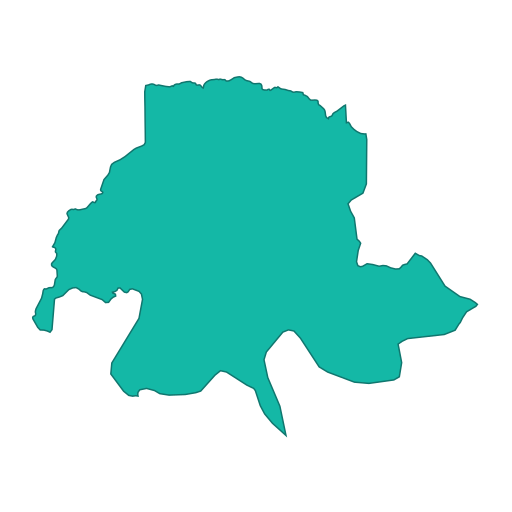 an SVG outline of Razavi Khorasan, rotated 271°
{"feature_id": "IRN-3245", "entity_name": "Razavi Khorasan", "entity_type": "Province", "adm_level": 1, "iso_a3": "IRN", "parent_name": "Iran", "parent_adm1": "", "projection": "albers", "projection_center": [59.461, 35.325], "detail": "fine", "context": "isolated", "style": "filled", "palette": "teal", "viewbox_px": 512, "rotation_deg": 271, "n_neighbors": 0, "source": "natural_earth", "source_scale": "10m", "svg_char_len": 4992}
<svg xmlns="http://www.w3.org/2000/svg" viewBox="0 0 512 512"><g transform="rotate(271 256 256)"><path d="M189.3,34.0L189.5,34.0L190.6,33.8L191.2,34.0L191.7,34.4L192.3,35.8L192.6,36.3L193.7,36.7L194.8,36.7L195.9,36.4L197.0,36.4L199.4,37.0L210.0,42.3L214.5,43.4L216.7,43.7L217.8,43.9L219.0,44.5L219.5,45.1L219.5,45.7L219.3,46.3L219.4,47.0L220.4,49.0L220.7,49.7L220.8,51.2L220.8,52.4L221.1,53.4L222.3,54.4L223.4,54.9L228.8,55.7L229.6,56.1L231.4,57.4L232.3,57.7L238.5,57.2L239.7,56.6L240.6,55.2L241.3,53.8L242.1,52.5L243.2,51.8L244.5,51.7L245.6,52.3L249.0,55.4L252.0,56.6L253.5,56.8L255.0,56.7L255.6,56.3L256.1,55.8L256.6,55.4L257.3,55.4L258.8,55.7L259.5,55.7L260.2,55.4L261.1,54.3L261.3,53.0L261.7,52.4L265.8,54.7L271.0,56.0L273.7,57.2L274.7,57.9L275.6,58.2L277.6,58.6L278.3,59.0L280.6,61.3L289.7,67.9L291.1,68.1L295.0,66.3L296.5,66.7L297.9,68.0L299.2,69.9L299.5,71.0L299.3,72.9L299.7,73.9L299.9,74.6L299.6,75.3L299.2,76.2L299.0,77.2L299.1,79.0L300.5,84.9L301.3,86.1L305.6,89.7L306.9,91.1L307.3,91.7L307.2,92.1L306.9,92.4L306.8,92.6L306.8,93.2L306.5,93.9L306.7,94.5L307.9,94.8L308.3,95.3L308.9,95.7L309.5,96.0L310.0,96.1L312.2,95.2L313.2,95.4L314.4,96.6L314.9,98.0L315.2,99.6L315.7,101.0L316.6,101.7L317.2,101.6L317.7,101.1L318.5,99.8L319.2,99.5L319.9,99.5L329.8,102.7L334.3,106.5L336.9,108.0L342.5,109.0L345.1,110.1L347.2,112.8L349.8,118.3L353.0,123.2L360.4,132.1L361.8,134.4L363.9,139.7L365.3,142.2L367.6,143.4L378.6,143.1L388.3,142.8L403.0,142.4L411.2,142.1L418.3,141.9L421.7,142.4L424.5,142.8L425.2,145.7L425.8,147.0L426.0,147.8L426.2,148.9L426.1,149.9L425.8,150.9L425.5,151.7L425.0,152.4L424.8,153.3L424.9,154.3L425.3,155.6L424.0,162.6L423.6,166.8L424.7,169.3L424.4,169.6L424.3,169.9L424.2,170.5L424.8,170.7L425.4,171.2L425.8,171.7L426.1,172.2L426.4,173.1L426.6,174.0L426.6,176.0L426.9,176.8L427.9,178.5L429.1,183.8L429.3,186.4L429.4,186.9L429.3,187.4L428.6,188.4L428.2,189.0L428.0,189.7L427.9,190.6L427.9,191.4L427.7,192.3L427.1,192.8L426.4,193.0L426.0,193.4L425.8,194.5L426.1,196.2L426.0,197.0L425.2,197.9L423.8,199.1L423.0,200.2L424.0,200.6L425.7,200.8L427.1,201.6L428.4,202.7L429.5,204.0L430.2,205.2L430.9,206.6L431.4,208.2L431.7,211.2L432.0,212.5L432.1,213.9L431.7,215.9L432.1,216.5L432.2,217.3L431.7,219.4L431.7,219.9L431.8,221.4L431.6,222.0L430.6,223.0L430.4,223.5L430.6,225.8L431.6,227.7L433.3,230.3L433.9,231.1L434.7,234.6L434.9,236.4L434.5,238.2L433.6,239.8L431.9,241.9L431.2,243.5L430.6,246.3L430.3,247.1L428.8,249.2L428.4,250.1L428.2,251.9L428.6,256.3L428.0,257.9L426.7,258.7L425.0,259.0L423.5,259.0L422.5,259.9L422.1,261.7L422.1,263.6L422.2,264.4L422.6,264.8L422.9,265.6L422.9,266.4L422.2,266.8L421.8,267.2L422.2,268.1L424.7,271.4L424.9,271.8L424.8,272.8L424.6,273.5L424.8,274.2L425.5,275.0L423.9,277.4L423.4,278.7L423.0,282.2L422.0,285.5L421.8,287.2L421.6,288.0L420.6,289.7L420.4,290.7L420.5,291.6L420.9,293.2L420.9,294.0L420.7,297.0L420.2,299.9L418.0,300.6L417.6,302.1L416.3,304.6L414.1,306.4L412.8,307.9L412.8,309.9L413.0,312.1L412.8,314.2L412.0,315.2L411.2,315.4L410.3,315.4L409.3,315.6L408.4,316.1L407.9,316.7L407.6,317.4L404.4,321.1L403.0,322.1L401.3,322.6L397.4,323.2L395.6,324.1L394.6,326.0L395.4,326.1L396.0,326.4L396.4,327.0L397.1,329.0L397.7,329.6L399.5,330.4L400.3,331.2L401.0,332.2L402.2,334.4L407.6,341.2L408.4,342.8L403.1,343.2L395.9,343.7L390.8,344.1L391.4,345.9L390.3,347.1L386.9,349.0L384.4,351.6L382.2,354.6L380.3,358.6L379.9,362.5L380.0,363.7L374.4,364.7L330.0,365.1L320.7,361.8L313.7,350.3L309.8,347.1L302.4,349.8L295.8,353.6L274.6,356.7L272.6,359.0L270.6,360.4L263.3,358.1L252.0,356.6L248.1,358.0L247.1,360.5L247.5,362.7L250.2,367.2L249.5,372.9L247.9,379.3L248.7,383.1L248.4,386.5L246.5,390.9L245.4,395.8L245.7,399.5L247.7,401.5L249.3,402.7L250.1,404.7L250.7,407.2L261.5,415.2L259.3,419.2L258.9,421.7L255.2,427.4L252.0,430.6L229.2,445.5L219.0,460.6L216.5,470.8L213.3,476.0L211.5,478.2L209.6,476.8L203.9,467.5L197.8,463.6L193.1,461.4L191.4,460.0L185.3,456.4L180.8,445.6L176.1,409.1L173.3,403.6L170.4,399.6L151.9,403.5L137.7,401.4L134.5,396.0L130.6,371.1L131.6,356.6L141.2,329.7L146.2,321.1L174.7,301.8L181.7,295.2L182.7,289.7L180.4,284.2L160.2,268.0L152.4,265.8L134.6,269.9L106.2,282.5L77.1,289.1L88.9,275.5L98.3,267.4L106.4,262.9L121.4,257.7L123.6,256.0L126.7,249.2L139.5,228.5L140.7,222.5L136.2,217.1L120.0,203.1L118.3,198.2L116.3,187.7L115.4,171.5L116.7,162.2L119.7,156.9L121.7,148.9L120.2,142.1L117.5,140.3L115.3,140.2L113.9,140.5L114.2,138.2L113.7,135.1L114.4,131.2L118.5,126.0L135.5,112.9L146.5,113.7L191.6,140.1L210.7,143.3L216.0,142.1L218.6,139.7L221.0,133.0L220.4,130.3L218.0,128.8L217.1,127.4L217.6,125.0L221.7,120.6L221.5,118.6L219.2,117.5L217.9,115.4L217.3,113.1L216.4,113.5L215.4,116.1L213.5,116.4L212.3,113.9L210.5,111.8L207.1,109.4L206.8,106.4L209.7,103.0L214.0,90.9L216.5,87.4L217.2,84.9L217.3,83.2L217.9,81.7L219.8,79.5L221.3,76.7L220.9,73.3L219.1,69.4L213.0,63.5L211.5,59.9L210.6,56.9L209.4,55.3L178.8,53.3L176.2,51.4L177.4,48.5L178.2,45.3L178.3,41.5L180.9,39.0L189.3,34.0Z" fill="#14b8a6" stroke="#0f766e" stroke-width="1.5"/></g></svg>